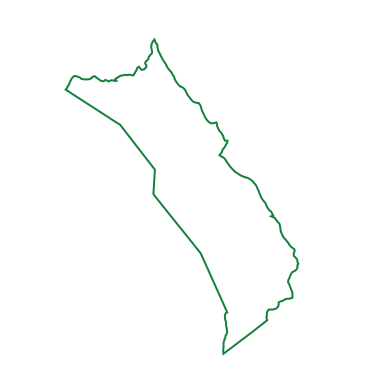 the district of Camocim, Ceará, Brazil, rotated 62°
{"feature_id": "56859067B40104820379814", "entity_name": "Camocim", "entity_type": "district", "adm_level": 2, "iso_a3": "BRA", "parent_name": "Brazil", "parent_adm1": "Ceará", "projection": "mercator", "projection_center": [-40.84, -2.967], "detail": "fine", "context": "isolated", "style": "outline", "palette": "green", "viewbox_px": 384, "rotation_deg": 62, "n_neighbors": 0, "source": "geoboundaries", "source_scale": "gbopen_adm2", "svg_char_len": 3341}
<svg xmlns="http://www.w3.org/2000/svg" viewBox="0 0 384 384"><g transform="rotate(62 192 192)"><path d="M42.3,255.5L94.4,226.5L97.0,225.0L98.5,224.0L116.3,220.9L130.4,218.5L150.6,215.0L154.9,214.3L173.7,225.8L175.8,227.1L191.0,224.3L207.5,221.2L218.8,219.0L250.1,213.1L264.1,214.0L314.9,217.4L314.9,219.1L316.0,220.6L317.7,221.6L320.4,222.6L323.4,223.3L326.1,224.7L328.3,225.2L330.5,226.1L332.5,226.9L333.9,228.5L334.7,230.0L336.6,231.2L337.3,232.5L338.5,233.4L339.7,234.8L341.9,236.0L344.0,237.1L345.9,238.4L348.0,239.6L349.6,240.2L344.0,205.1L340.5,185.7L338.1,185.4L335.9,183.7L333.8,182.6L332.2,180.8L331.9,179.4L332.8,177.5L333.7,175.9L334.3,173.5L334.2,171.1L333.1,169.1L331.7,168.1L330.2,167.3L330.1,165.6L330.6,163.3L330.6,161.6L330.5,159.0L331.6,157.2L332.1,154.9L332.7,153.4L331.2,152.2L329.4,151.4L327.8,150.4L325.2,150.4L323.2,150.0L321.2,149.8L319.0,149.5L316.7,149.5L314.9,148.2L313.9,146.7L312.7,145.3L311.1,143.4L310.0,141.6L309.8,139.9L309.9,137.4L309.0,135.4L307.9,134.1L306.2,133.4L305.3,131.8L303.4,131.8L301.8,131.0L300.1,130.9L298.3,131.4L296.2,132.1L294.1,131.1L292.2,128.9L290.3,128.5L287.2,130.2L283.8,130.9L282.3,130.9L280.0,131.4L277.6,131.7L275.8,132.4L274.1,132.5L271.3,132.4L268.6,132.1L265.7,131.1L263.3,130.2L261.0,129.7L258.4,130.4L256.0,130.8L253.6,131.1L252.3,132.2L250.6,133.5L250.8,131.4L248.5,131.3L246.2,131.4L244.8,132.1L243.1,132.6L241.1,132.7L238.6,132.6L236.6,132.4L232.8,133.1L231.0,133.4L229.3,133.4L227.3,133.3L225.4,133.1L222.2,132.6L219.8,132.6L217.3,132.3L215.1,132.5L212.9,133.1L210.6,133.5L208.5,134.5L206.4,135.7L204.8,137.1L203.4,138.7L202.3,139.6L200.1,141.3L196.8,143.1L194.3,144.5L192.5,145.0L190.0,145.8L187.7,146.3L184.7,146.8L180.3,147.3L177.9,147.5L176.1,148.2L174.4,149.3L172.6,150.5L171.6,148.8L171.1,147.5L169.9,145.8L168.7,144.8L168.1,142.7L166.5,140.3L165.3,138.1L163.4,136.6L162.2,138.7L159.6,138.8L157.3,138.2L155.2,138.4L153.6,138.3L152.2,138.7L150.6,139.1L148.7,139.1L145.7,138.9L143.5,138.0L141.9,137.9L141.5,140.1L140.7,142.4L138.8,144.0L137.2,144.6L135.1,145.1L133.6,145.2L131.9,145.3L128.7,145.1L125.9,145.1L123.3,144.7L121.3,144.2L119.4,143.9L116.7,144.3L115.1,146.5L113.1,148.3L111.5,149.0L109.6,149.4L108.1,149.7L106.5,149.9L104.2,150.3L100.9,150.2L98.4,150.2L96.7,150.6L94.4,151.7L93.5,152.8L91.3,153.5L89.2,153.9L86.3,154.3L83.2,154.1L81.7,153.7L79.5,154.1L76.9,153.9L75.1,154.5L73.4,154.7L71.1,155.2L67.0,155.1L64.3,155.4L61.4,155.6L59.9,155.7L55.0,155.5L52.2,155.5L50.1,155.2L48.0,154.5L46.4,153.7L44.8,153.5L43.3,154.1L41.2,153.7L39.7,153.6L40.5,155.5L41.8,157.5L42.9,158.6L44.6,159.9L46.8,160.6L48.3,161.0L49.7,161.4L50.9,162.5L51.5,164.8L52.6,167.0L53.9,168.0L54.7,169.7L55.1,171.8L56.6,173.1L58.8,172.7L60.1,173.6L60.8,175.0L61.2,177.0L60.5,179.1L58.8,179.8L56.5,180.0L56.7,182.0L58.3,183.8L59.6,185.9L60.8,187.7L61.5,189.3L60.4,190.6L58.9,192.3L58.4,194.6L56.9,196.3L56.6,198.3L55.7,201.1L56.1,203.4L55.9,205.1L56.5,206.9L58.3,206.5L57.9,208.0L56.5,209.1L55.4,210.9L55.2,213.9L53.5,214.8L52.3,216.0L52.8,218.0L52.0,219.2L50.7,220.5L48.9,221.3L47.4,222.1L45.9,222.7L44.1,223.6L43.6,225.9L44.4,227.8L44.1,230.0L43.2,232.1L42.2,233.9L41.3,235.2L40.2,236.5L38.8,237.0L37.1,238.3L35.5,239.8L34.4,241.2L34.5,242.8L35.2,244.7L36.6,246.7L37.5,248.1L38.7,249.4L39.7,250.5L40.2,252.0L41.4,253.4L42.3,255.5Z" fill="none" stroke="#15803d" stroke-width="2"/></g></svg>